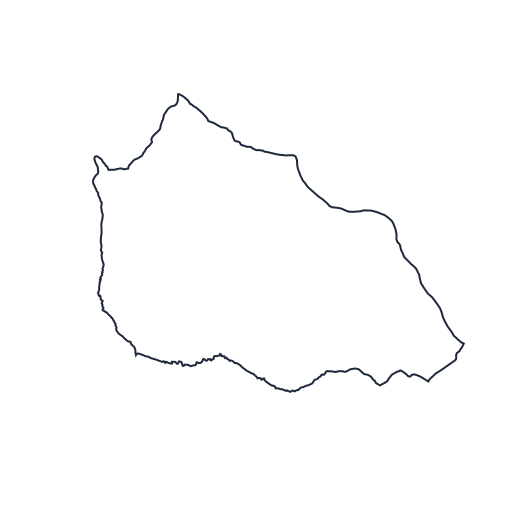 El Cairo, Valle del Cauca, Colombia (Albers equal-area conic projection), rotated 69°
{"feature_id": "7082276B90998600886333", "entity_name": "El Cairo", "entity_type": "district", "adm_level": 2, "iso_a3": "COL", "parent_name": "Colombia", "parent_adm1": "Valle del Cauca", "projection": "albers", "projection_center": [-76.21, 4.758], "detail": "fine", "context": "isolated", "style": "outline", "palette": "slate", "viewbox_px": 512, "rotation_deg": 69, "n_neighbors": 0, "source": "geoboundaries", "source_scale": "gbopen_adm2", "svg_char_len": 6138}
<svg xmlns="http://www.w3.org/2000/svg" viewBox="0 0 512 512"><g transform="rotate(69 256 256)"><path d="M412.2,93.4L410.0,95.5L401.3,99.9L397.3,100.5L390.7,102.3L384.0,103.2L379.9,103.4L376.2,102.9L370.8,102.9L364.8,104.3L358.0,106.2L352.4,109.1L347.2,110.4L340.5,111.7L335.6,111.1L332.3,110.4L325.5,111.0L322.1,112.4L319.5,113.9L310.0,118.0L305.6,118.1L302.5,118.4L298.2,117.8L295.9,117.8L294.1,118.9L290.7,118.9L286.3,117.1L281.4,116.2L275.2,116.2L272.4,116.5L270.2,117.5L268.0,118.6L264.1,121.1L258.4,127.3L254.7,132.5L251.9,139.4L251.8,141.8L251.0,144.9L249.4,149.9L248.1,153.0L246.8,154.9L242.3,159.3L240.0,163.0L237.8,167.5L235.5,169.6L233.1,170.3L229.6,172.1L227.0,173.5L222.7,176.4L210.8,182.6L208.9,183.3L205.0,184.2L202.6,185.2L196.8,185.7L189.5,185.6L186.1,185.0L181.2,183.4L177.2,183.4L176.0,184.3L174.9,186.0L172.4,193.1L171.1,195.1L170.2,197.4L167.7,201.4L163.0,208.2L161.6,210.7L159.8,212.1L159.0,214.1L157.9,215.6L157.9,216.4L157.4,217.5L156.0,219.1L154.8,220.2L152.4,221.7L151.9,222.5L151.0,225.0L146.9,230.0L145.9,230.3L144.7,230.3L143.5,230.9L141.2,234.2L140.1,234.7L136.2,234.8L133.0,234.4L131.8,234.6L130.7,235.1L129.9,235.9L128.5,236.9L127.5,237.3L126.4,237.5L124.2,240.6L123.5,242.1L122.0,243.5L116.8,247.6L113.0,252.1L110.9,252.2L107.6,253.0L106.7,253.6L104.9,254.1L101.1,255.9L96.3,258.5L93.8,260.5L91.3,261.9L90.8,262.7L90.1,263.1L88.3,263.3L86.8,263.6L81.1,266.6L77.4,269.7L77.1,270.9L78.2,271.2L82.8,273.3L84.4,274.4L86.0,276.4L86.4,277.8L86.0,281.9L87.2,285.6L91.3,291.4L95.4,294.0L96.5,295.3L99.6,297.9L102.5,299.7L103.6,300.8L106.6,308.1L108.0,310.4L109.2,311.6L110.3,312.1L112.4,312.2L114.7,315.8L115.7,318.8L116.5,320.2L118.5,322.5L119.6,324.5L120.7,325.5L121.6,326.8L122.5,331.4L122.5,334.6L122.8,335.8L126.1,342.3L128.6,344.0L128.1,345.9L127.9,348.0L126.6,349.4L125.6,351.3L124.6,357.7L123.2,361.4L122.9,362.7L119.0,363.0L117.8,363.9L115.5,364.3L113.2,365.2L110.4,365.6L106.4,368.2L105.6,369.5L105.7,370.9L107.3,372.1L107.9,372.2L111.8,372.4L114.9,371.9L116.9,372.1L120.9,373.1L122.2,374.0L122.8,374.9L123.1,376.1L124.3,378.1L126.2,380.3L127.2,381.1L129.6,381.9L130.1,382.0L132.4,381.6L134.8,381.7L136.0,381.3L137.8,381.5L140.4,380.8L142.9,381.5L146.9,381.1L149.1,381.5L151.0,380.8L155.4,383.3L158.0,383.5L159.1,384.2L160.5,384.0L162.8,384.3L167.2,386.6L168.6,387.8L171.7,389.4L174.3,390.1L179.8,392.2L181.0,392.9L182.0,393.7L183.4,394.1L186.1,395.5L188.3,396.1L191.5,396.6L194.7,398.6L196.0,398.8L197.2,398.4L197.9,398.4L199.2,399.7L203.8,400.9L205.4,401.1L207.3,401.0L209.7,401.4L210.9,402.2L212.8,403.8L214.6,404.1L215.6,405.1L216.4,405.2L216.8,406.0L217.7,406.0L218.5,406.4L220.3,409.0L220.9,409.3L221.7,409.0L222.2,409.3L222.5,410.4L223.7,410.3L224.2,410.7L224.8,411.6L226.8,412.3L229.1,413.8L230.8,414.1L234.0,416.8L235.3,416.6L236.2,417.0L236.8,416.9L237.2,416.6L237.3,415.8L237.8,415.6L240.6,416.4L241.6,416.3L242.2,416.0L242.4,415.5L242.8,415.3L243.5,415.6L245.0,417.1L246.6,416.8L248.0,417.5L249.9,417.0L250.9,418.4L251.4,418.6L252.2,418.3L252.6,417.5L253.9,416.9L255.3,415.6L256.4,415.1L257.9,414.7L260.4,413.3L261.6,413.2L262.8,412.4L265.4,412.1L265.9,411.8L267.0,412.0L268.6,411.5L269.5,411.6L270.1,412.1L272.6,411.8L273.0,411.9L273.7,412.6L274.9,412.9L276.2,412.8L278.7,412.2L281.2,410.8L283.1,409.4L285.9,408.3L288.9,406.7L289.7,406.1L291.0,404.2L291.5,403.8L293.0,404.2L293.9,404.0L297.1,402.3L297.6,402.2L300.9,402.4L303.4,403.3L305.5,403.6L304.8,402.7L304.6,401.6L304.7,401.0L306.0,399.5L306.3,398.9L309.9,395.1L311.8,392.2L313.5,390.9L317.6,385.5L318.2,385.0L321.1,381.6L321.3,381.1L321.2,379.9L322.8,379.4L323.2,379.1L323.3,378.8L322.5,378.1L322.6,377.8L325.2,375.3L326.2,373.2L326.3,372.9L326.1,372.8L324.9,372.7L324.6,372.5L325.8,369.5L326.2,369.2L328.3,368.4L328.5,368.0L328.4,367.1L326.9,365.9L327.0,365.0L328.3,363.7L328.8,363.5L331.5,363.9L332.5,363.5L332.7,363.1L332.6,362.6L331.8,361.7L331.9,361.3L333.4,358.3L335.5,356.5L335.6,354.0L336.2,351.9L335.7,350.8L334.3,350.0L334.0,349.3L334.2,348.9L335.3,348.1L335.7,347.3L335.9,345.7L335.2,344.0L333.5,342.6L333.3,342.2L333.3,341.7L333.9,341.1L335.2,340.7L335.7,340.4L336.1,339.0L335.1,337.9L335.1,337.5L335.8,336.6L336.0,335.5L336.3,335.4L337.1,335.6L337.5,335.2L336.9,333.9L337.0,332.7L336.8,332.3L336.6,332.1L335.1,331.5L334.7,331.1L334.8,329.7L335.6,328.1L335.4,327.0L335.9,325.8L335.8,325.3L335.4,324.9L334.7,324.5L335.4,323.9L337.2,323.9L338.2,321.6L339.2,321.4L339.7,321.7L340.3,321.5L340.3,320.0L341.4,319.9L342.2,319.4L342.7,318.7L344.4,318.2L344.4,317.2L345.2,316.0L346.4,315.0L348.2,314.3L348.6,313.5L348.9,312.6L349.4,312.1L352.3,309.9L355.5,308.5L357.6,307.0L358.8,306.5L364.1,302.0L365.4,300.4L366.3,300.2L368.9,298.8L370.7,298.4L371.0,296.5L371.6,296.1L371.9,295.4L372.2,295.1L373.1,295.4L373.5,295.0L373.6,294.1L373.0,292.9L373.2,292.3L375.2,292.4L376.0,291.9L376.9,291.7L377.9,290.8L378.7,290.5L382.1,288.1L382.9,287.3L383.0,286.5L384.1,285.7L384.3,285.2L385.2,285.0L386.6,285.1L387.0,283.6L388.4,281.6L389.0,281.1L389.9,279.1L391.2,278.0L391.7,277.0L392.4,276.7L392.7,276.2L392.7,275.0L393.8,274.4L394.2,273.5L395.2,272.4L394.7,270.1L394.9,269.7L396.2,268.6L396.2,268.0L395.8,266.5L396.3,264.6L395.4,262.7L394.9,261.1L395.2,260.0L395.3,259.1L395.1,255.9L395.4,253.4L395.2,249.7L394.7,248.5L392.8,246.1L392.6,245.1L392.8,243.3L392.7,242.6L391.9,241.0L391.5,238.9L390.3,237.2L390.3,236.8L390.9,236.1L391.1,235.0L390.2,233.2L389.1,232.2L389.0,230.6L390.4,228.0L390.6,226.9L392.7,223.6L393.4,219.1L394.4,217.3L394.7,216.1L395.6,215.3L396.1,214.4L396.2,213.7L395.6,208.1L396.5,204.0L397.7,201.8L398.7,200.6L404.6,197.6L405.1,197.1L407.0,194.2L409.1,192.4L410.4,191.7L413.4,191.0L414.8,189.9L417.6,189.5L421.1,186.7L421.3,186.3L420.9,184.7L420.7,182.3L420.0,178.5L419.7,177.9L418.9,177.2L418.3,176.3L415.5,171.7L414.7,166.6L414.6,165.0L414.9,163.4L414.5,162.3L415.1,161.6L417.8,159.6L420.1,158.1L422.2,157.3L422.8,156.9L423.3,156.3L423.8,155.0L422.8,153.4L423.2,150.6L426.4,146.8L429.7,144.0L434.9,140.1L433.3,138.2L431.4,133.3L430.2,130.7L429.0,124.5L424.8,107.7L424.1,106.4L423.3,105.8L420.1,104.6L418.6,103.3L417.8,100.3L416.4,98.6L414.8,96.1L412.2,93.4Z" fill="none" stroke="#1e293b" stroke-width="2"/></g></svg>